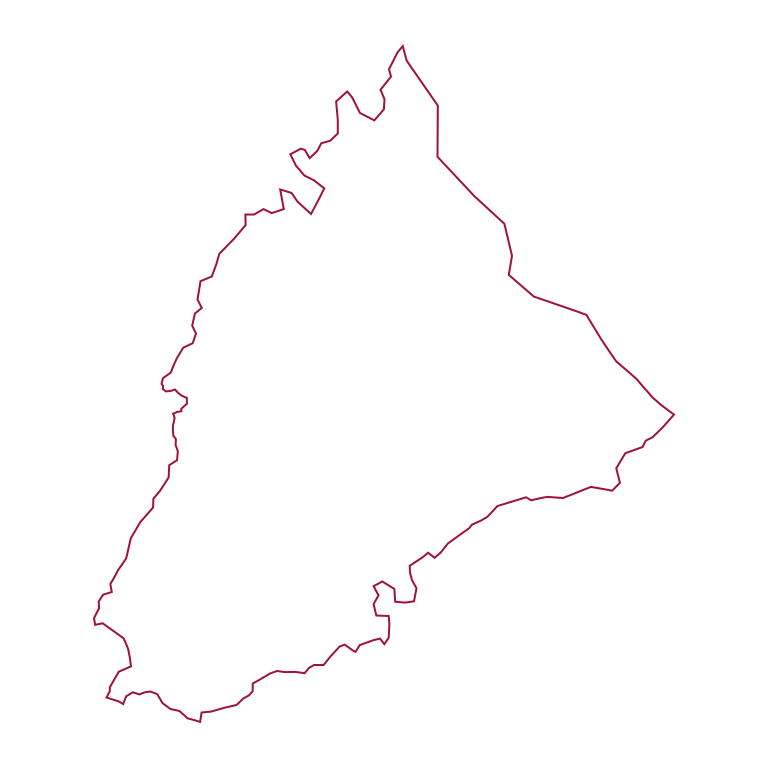 the district of Agios Theodoros Lemesou, Limassol, Cyprus
{"feature_id": "46923920B32417699607002", "entity_name": "Agios Theodoros Lemesou", "entity_type": "district", "adm_level": 2, "iso_a3": "CYP", "parent_name": "Cyprus", "parent_adm1": "Limassol", "projection": "orthographic", "projection_center": [33.04, 34.894], "detail": "fine", "context": "isolated", "style": "outline", "palette": "rose", "viewbox_px": 768, "rotation_deg": 0, "n_neighbors": 0, "source": "geoboundaries", "source_scale": "gbopen_adm2", "svg_char_len": 2620}
<svg xmlns="http://www.w3.org/2000/svg" viewBox="0 0 768 768"><path d="M458.3,179.0L437.5,156.8L437.8,105.6L406.7,60.7L403.7,49.6L402.8,46.1L397.7,52.1L389.0,69.2L391.0,76.6L380.5,89.7L384.5,99.2L383.9,109.3L374.3,120.4L360.0,113.0L352.1,97.3L347.2,91.5L336.1,101.5L337.8,119.7L337.8,133.4L330.2,140.8L321.3,143.2L317.1,151.2L309.7,158.1L304.8,149.9L300.8,148.7L290.3,154.3L296.0,165.7L304.5,175.6L313.8,180.2L324.3,188.4L317.8,201.2L311.0,214.0L297.4,201.5L291.5,192.9L280.2,189.5L283.8,209.1L271.7,213.1L263.5,209.1L254.1,214.5L245.4,214.5L245.6,225.1L233.8,239.0L219.3,253.8L216.5,263.7L211.8,276.5L200.5,281.2L197.5,299.6L201.8,307.9L194.9,313.6L192.2,325.7L196.0,333.6L192.7,343.2L183.2,347.7L176.8,358.4L173.6,365.3L170.8,372.6L163.0,378.1L161.6,383.8L163.1,386.0L162.7,388.8L165.9,391.4L170.8,390.9L175.0,389.5L178.3,393.1L182.1,395.9L186.8,397.9L187.0,403.6L181.4,408.7L181.4,411.2L177.1,412.0L173.2,413.7L174.6,417.9L173.9,421.7L172.9,425.7L172.9,430.4L173.3,435.6L175.9,439.1L175.6,445.1L177.8,450.9L177.3,457.6L177.0,460.2L169.2,465.2L168.7,477.4L159.9,491.0L153.4,498.7L153.1,507.5L140.4,522.0L130.8,538.2L126.2,558.4L118.0,570.3L114.1,577.7L110.3,584.0L111.8,592.0L103.1,594.7L98.7,601.5L99.1,608.2L94.0,618.2L94.2,619.0L95.1,624.8L102.7,623.3L123.7,638.4L128.1,648.8L129.9,657.9L131.0,666.4L118.8,671.7L109.8,687.3L109.8,691.3L106.5,697.5L118.8,701.4L123.2,704.1L126.1,696.4L132.8,692.3L139.5,694.4L144.5,692.4L150.3,691.5L157.2,694.1L162.6,703.2L170.4,709.0L179.5,711.0L187.5,718.3L196.1,720.6L199.7,721.8L200.1,721.9L201.6,712.5L211.0,711.6L225.5,707.5L236.5,705.0L243.2,698.6L248.9,695.4L252.7,691.2L252.7,683.5L258.1,680.6L270.0,673.5L277.1,671.0L284.7,672.1L295.2,671.9L304.6,673.2L309.0,667.9L314.0,665.0L323.6,665.0L330.5,656.4L339.6,646.6L344.7,644.6L353.0,650.6L355.5,651.9L359.9,645.0L373.6,640.1L380.1,638.6L384.3,644.2L388.7,637.7L389.4,624.0L388.7,616.0L376.3,615.5L373.6,604.2L378.5,595.3L373.6,586.2L382.3,581.5L394.3,588.9L395.2,601.7L405.0,602.6L414.0,601.3L416.5,588.2L412.0,580.2L410.0,572.6L409.7,565.8L422.9,557.1L428.1,552.7L434.5,557.8L440.4,552.9L447.9,543.5L460.0,534.7L469.2,528.2L471.9,524.7L481.4,520.4L487.5,516.7L497.5,506.0L526.1,497.3L531.2,500.3L541.0,498.0L547.4,496.9L563.0,498.0L590.9,486.9L603.2,489.0L604.3,489.2L612.1,490.7L619.9,482.8L616.3,468.3L625.3,453.2L642.6,447.0L645.7,440.7L652.5,437.3L662.9,427.1L674.0,414.6L664.2,407.3L661.3,405.1L653.0,397.9L642.4,385.9L636.6,379.0L616.0,361.1L606.1,346.6L600.8,338.6L586.4,314.9L577.8,311.7L533.9,296.6L508.8,274.9L512.0,255.8L504.4,223.8L474.4,196.2L458.3,179.0Z" fill="none" stroke="#9f1239" stroke-width="2"/></svg>